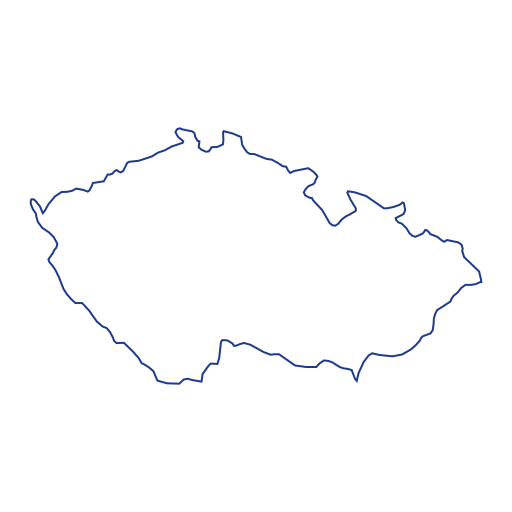 the border of Czechia
{"feature_id": "CZE", "entity_name": "Czechia", "entity_type": "country or territory", "adm_level": 0, "iso_a3": "CZE", "parent_name": "Europe", "parent_adm1": "", "projection": "albers", "projection_center": [15.441, 49.807], "detail": "fine", "context": "isolated", "style": "outline", "palette": "blue", "viewbox_px": 512, "rotation_deg": 0, "n_neighbors": 0, "source": "natural_earth", "source_scale": "50m", "svg_char_len": 2964}
<svg xmlns="http://www.w3.org/2000/svg" viewBox="0 0 512 512"><path d="M481.3,282.1L479.6,282.3L475.8,284.1L470.9,284.9L465.5,284.8L461.4,287.8L457.7,292.4L453.7,295.7L451.6,298.6L450.5,301.5L437.0,310.2L435.3,313.7L433.9,318.4L433.5,324.7L432.7,330.3L430.4,333.4L423.0,336.2L421.2,337.6L419.9,340.5L415.8,345.1L411.0,349.4L402.1,354.5L392.4,356.3L379.6,355.0L372.2,353.3L368.6,355.5L363.8,361.8L358.7,372.7L356.7,380.9L354.9,378.6L351.7,370.1L348.2,369.0L343.5,368.3L339.9,367.1L332.2,362.3L328.3,360.9L323.8,360.5L319.5,363.5L316.3,367.0L306.2,367.0L295.1,365.5L279.1,354.3L275.0,354.2L270.6,354.7L263.7,352.1L250.3,344.7L244.0,343.0L240.1,344.0L236.4,345.6L233.9,345.8L232.4,343.4L227.4,340.4L222.4,340.1L221.0,341.8L219.2,358.0L217.4,363.9L210.6,363.6L208.1,366.3L202.6,374.1L201.5,381.6L192.0,380.0L187.6,378.7L183.6,379.6L179.2,383.7L167.0,383.3L157.4,380.6L153.4,371.2L149.1,367.5L143.6,364.0L141.7,363.3L138.7,358.1L133.1,351.7L123.9,342.8L116.6,343.1L114.0,340.7L112.9,337.5L110.0,332.0L106.7,328.1L102.6,326.5L96.8,321.5L89.2,310.7L82.2,303.1L75.3,303.0L71.0,299.0L66.6,293.8L63.5,288.9L58.8,276.9L55.4,270.0L52.6,265.8L49.5,262.2L48.4,259.4L52.7,253.3L54.2,250.2L56.1,247.9L57.1,245.4L57.2,243.5L53.8,237.2L49.1,232.5L42.1,227.7L37.8,221.8L36.3,216.4L35.9,213.5L33.0,209.5L30.7,203.7L30.9,200.2L31.5,199.3L33.9,199.4L36.4,201.9L40.0,206.5L42.8,213.2L44.8,210.8L48.6,204.0L55.1,196.3L61.7,192.0L67.4,191.8L72.1,190.8L76.1,188.6L82.9,189.8L87.7,191.6L89.3,190.6L91.5,186.6L92.9,183.0L103.8,181.3L107.7,174.5L109.8,174.6L112.3,173.7L114.6,171.1L116.9,170.1L118.6,171.5L120.9,172.4L123.3,170.8L127.1,163.0L129.1,161.8L138.6,160.8L151.7,156.5L158.3,152.5L164.8,150.3L171.7,146.5L182.7,142.8L183.3,141.2L178.3,137.1L176.6,134.5L175.5,131.9L177.3,129.1L179.7,128.3L182.8,129.5L191.9,131.3L194.4,133.0L195.3,137.1L197.6,140.9L199.4,141.3L198.7,147.4L201.6,149.8L205.8,151.7L208.7,151.4L210.7,148.9L211.5,147.2L217.2,147.0L222.9,144.4L223.4,140.2L223.1,132.3L223.7,131.2L232.3,133.4L241.0,137.0L242.2,144.9L244.5,148.7L247.2,152.3L249.9,153.9L254.4,154.1L266.2,158.8L271.9,159.7L277.8,162.9L282.7,166.2L286.3,166.8L288.0,170.4L290.2,172.9L294.1,171.0L308.2,168.2L313.4,171.7L316.9,175.4L317.4,176.6L315.6,179.9L314.8,182.5L313.3,184.2L308.5,186.1L305.7,189.0L303.8,192.3L305.1,195.3L309.2,197.6L312.0,198.1L313.1,200.3L322.3,210.2L329.8,223.3L332.6,225.3L335.3,225.7L338.3,223.7L341.8,219.4L346.0,216.3L349.5,214.6L355.7,210.9L355.9,208.5L350.5,199.7L347.3,192.6L348.0,191.3L354.7,192.3L366.1,196.0L383.9,208.3L387.0,208.3L393.1,207.1L399.6,204.8L402.7,202.4L403.9,203.2L405.2,210.2L403.5,214.1L395.7,218.1L396.2,220.0L398.3,222.3L402.0,223.8L406.5,228.3L409.6,233.4L412.3,235.7L415.3,236.8L422.5,233.7L424.4,231.5L425.3,229.9L426.7,230.2L429.3,232.6L430.2,234.1L437.3,236.8L441.5,240.2L444.2,241.8L447.0,240.0L458.3,242.4L461.5,244.7L462.7,248.6L462.2,251.0L464.2,257.2L479.1,271.5L480.9,279.1L481.3,282.1Z" fill="none" stroke="#1e3a8a" stroke-width="2"/></svg>